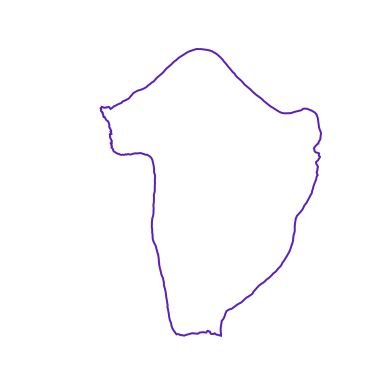 May Aini, Debub, Eritrea, rotated 109°
{"feature_id": "51966322B38754897924097", "entity_name": "May Aini", "entity_type": "district", "adm_level": 2, "iso_a3": "ERI", "parent_name": "Eritrea", "parent_adm1": "Debub", "projection": "mercator", "projection_center": [39.05, 14.783], "detail": "fine", "context": "isolated", "style": "outline", "palette": "violet", "viewbox_px": 384, "rotation_deg": 109, "n_neighbors": 0, "source": "geoboundaries", "source_scale": "gbopen_adm2", "svg_char_len": 5928}
<svg xmlns="http://www.w3.org/2000/svg" viewBox="0 0 384 384"><g transform="rotate(109 192 192)"><path d="M318.5,117.8L317.5,118.0L314.7,119.4L312.8,120.1L310.8,120.7L304.0,121.9L302.4,121.2L301.2,120.9L300.0,120.8L297.9,120.7L296.3,120.8L293.5,120.6L293.1,120.3L292.3,119.8L290.8,118.4L289.6,116.7L288.9,116.0L286.8,114.7L282.7,111.7L280.4,109.5L279.6,109.1L278.4,108.4L275.1,106.7L273.9,106.0L272.9,104.9L271.4,103.8L270.2,102.9L268.9,101.9L268.2,101.7L266.5,101.5L263.4,100.2L262.8,100.0L258.1,97.9L254.5,95.1L252.6,93.9L251.1,93.3L247.9,91.2L245.8,90.0L242.7,88.7L239.6,86.7L237.1,85.9L233.2,84.1L231.9,83.7L229.2,83.4L226.5,82.5L223.5,81.9L222.6,81.6L215.8,80.4L205.8,80.5L204.6,80.7L202.8,81.3L199.9,81.8L196.5,82.0L194.8,82.3L193.4,82.9L190.2,83.9L188.4,84.3L187.0,84.6L185.5,84.8L183.2,85.3L182.1,85.0L180.6,85.1L177.7,83.8L176.8,83.5L175.8,83.0L173.5,82.2L172.3,81.8L167.8,81.3L165.0,80.2L163.9,80.1L161.9,79.7L156.6,78.9L154.3,78.4L151.1,78.8L149.9,78.7L146.9,79.0L142.4,78.9L139.9,78.7L138.1,79.0L136.4,79.1L135.0,78.7L134.1,79.7L133.6,80.0L133.1,80.4L132.4,80.6L130.3,80.5L128.8,81.1L127.1,81.1L125.5,82.8L124.6,83.9L123.9,84.3L123.4,84.4L123.1,84.4L121.1,83.2L117.4,82.4L117.0,82.5L116.6,83.4L116.0,84.1L114.2,84.4L114.0,84.7L114.2,88.1L113.7,89.1L112.8,89.8L111.7,90.3L111.0,91.0L109.1,90.5L105.5,88.9L105.1,88.3L104.1,88.5L103.3,88.4L101.8,88.2L101.2,88.0L100.3,87.9L98.9,88.2L95.4,89.0L94.7,89.1L93.4,89.8L92.7,90.4L92.3,90.7L91.4,91.6L89.3,93.1L86.9,94.2L85.5,95.0L83.6,95.9L82.6,96.4L81.8,96.8L80.9,97.3L78.4,99.3L78.0,99.8L77.3,100.8L77.0,101.5L76.6,102.9L76.4,103.6L76.4,104.4L76.1,105.3L75.9,109.1L75.9,110.1L76.0,111.0L76.6,113.0L77.1,114.0L77.9,114.5L78.6,114.9L79.2,115.4L79.9,116.5L80.5,117.5L81.1,118.3L81.6,119.2L82.7,120.9L83.8,122.4L84.6,123.3L85.4,124.6L86.5,127.4L87.5,130.2L87.8,131.5L87.9,132.6L87.9,134.0L87.8,135.1L87.4,137.2L86.6,140.4L86.5,141.2L86.1,142.4L85.5,145.6L85.3,146.0L84.9,147.3L83.0,152.5L82.8,153.4L82.1,154.5L81.3,156.4L81.1,157.0L80.6,158.4L79.1,163.3L78.3,165.0L78.0,166.0L77.7,166.7L77.2,167.8L76.5,169.0L75.7,170.8L74.7,173.6L74.1,175.0L73.5,176.8L72.9,177.9L71.5,180.2L70.8,181.5L68.5,187.1L67.5,188.8L66.5,189.9L66.1,190.5L65.1,193.0L64.1,194.4L63.8,195.0L63.2,195.8L61.7,198.6L60.3,200.6L59.0,202.8L58.4,204.0L57.3,205.5L55.8,208.1L53.7,213.0L52.9,215.8L52.9,216.9L52.4,218.9L52.4,221.4L52.6,222.4L52.6,223.2L52.7,224.1L53.0,225.5L53.3,226.8L53.7,229.0L54.0,230.2L54.5,231.5L55.1,233.7L55.4,234.4L56.8,236.3L57.3,236.9L58.2,238.2L59.1,239.2L59.9,240.4L61.3,241.7L62.5,242.8L63.5,243.5L66.0,245.5L68.1,247.2L69.8,248.4L71.9,249.6L72.7,249.9L73.4,250.7L76.7,252.5L77.7,252.9L80.0,254.2L80.5,254.6L81.6,255.1L83.0,256.1L83.8,256.4L85.4,257.1L87.3,257.8L89.2,258.7L91.1,259.8L93.2,261.1L94.6,261.9L95.7,262.6L97.1,263.1L98.5,263.6L100.2,264.4L100.5,264.8L101.5,265.6L103.8,266.9L104.5,267.5L105.2,268.0L107.0,269.0L107.7,269.3L109.7,271.1L110.5,271.9L112.3,274.1L113.7,276.2L115.0,277.4L115.7,278.0L117.0,279.2L117.7,279.7L123.8,282.0L124.5,282.4L126.0,283.9L126.5,284.4L127.9,285.8L128.2,286.3L128.9,286.9L130.6,287.7L131.4,288.4L132.1,289.3L133.9,291.3L135.1,292.2L136.2,293.5L137.0,294.0L138.7,295.0L140.0,296.1L138.8,297.7L138.7,298.6L139.8,300.0L139.8,300.5L140.2,300.9L141.0,302.6L140.8,304.6L140.8,305.0L141.6,305.3L142.2,305.2L142.6,305.6L142.9,305.5L143.3,304.9L143.8,304.7L144.8,304.6L145.1,304.2L145.1,303.8L145.3,303.4L145.7,303.2L146.1,302.8L146.0,302.5L146.3,302.1L147.2,301.9L147.6,301.2L148.5,300.8L149.0,300.7L149.5,300.3L149.8,300.0L149.5,299.6L149.6,299.0L149.8,298.7L150.9,297.7L151.8,296.4L152.3,295.3L152.4,294.8L152.6,294.3L153.1,293.7L153.7,293.2L154.8,292.5L155.2,292.1L155.6,291.9L156.3,291.8L156.7,291.7L158.1,290.9L158.3,290.4L158.5,290.1L159.7,289.2L160.1,288.6L160.5,288.3L160.9,288.2L161.5,288.6L162.0,287.8L162.4,287.8L162.8,287.6L163.0,287.3L163.4,287.1L164.0,288.4L164.7,288.3L165.9,287.6L167.1,287.2L168.5,285.8L169.1,285.3L169.4,284.9L169.7,284.5L170.2,284.3L171.0,284.4L171.3,284.1L171.7,283.9L171.8,284.6L172.3,284.8L172.8,284.4L173.2,283.6L173.8,283.6L174.2,283.3L174.6,282.7L175.1,282.5L175.6,282.7L176.2,282.6L176.4,282.0L176.9,281.0L178.6,279.8L179.1,278.9L180.0,275.0L179.9,274.1L179.9,272.8L180.0,272.4L180.0,271.5L179.9,270.9L179.4,270.0L179.3,269.7L179.0,268.3L178.1,267.2L177.9,266.0L177.4,265.6L177.0,264.7L176.7,262.7L176.1,261.5L175.7,261.1L174.7,259.7L174.0,258.4L173.6,257.3L173.4,256.5L173.3,256.0L172.2,254.1L171.9,252.8L171.8,249.8L171.8,249.5L171.9,249.2L171.9,248.5L171.4,246.4L171.4,245.9L172.5,242.5L173.4,241.1L174.5,240.0L176.6,238.7L177.1,238.3L178.5,237.5L179.1,237.1L182.4,235.4L184.9,234.6L186.1,234.1L186.7,233.5L187.3,233.0L188.9,232.1L194.0,230.6L195.6,229.9L198.6,229.1L199.6,228.7L200.9,228.3L203.6,227.4L205.2,227.3L207.5,227.0L210.4,225.9L214.6,224.6L215.3,224.6L217.0,224.2L220.0,222.9L222.9,222.1L224.9,221.4L226.7,221.1L230.5,220.9L231.7,220.5L234.0,220.0L235.4,219.4L237.2,219.0L240.6,217.4L242.0,216.9L243.3,216.4L245.8,215.1L247.7,214.5L249.6,213.6L251.9,211.8L252.7,211.0L254.4,209.1L256.0,207.9L257.7,206.9L259.1,205.7L260.3,205.2L262.0,203.8L264.2,202.6L266.0,201.7L268.4,200.7L270.2,199.8L271.9,199.1L274.4,197.6L277.9,195.3L280.3,193.9L281.9,192.3L283.2,191.2L285.4,190.0L286.1,189.4L289.6,188.0L292.9,185.7L296.0,183.9L299.0,182.5L307.3,178.0L308.4,177.9L308.7,177.8L311.4,176.1L313.3,175.1L315.0,174.1L316.8,173.3L317.7,172.8L320.6,171.1L321.9,169.8L324.2,168.2L325.3,167.8L327.0,166.4L329.5,163.6L329.7,163.0L330.8,161.6L331.6,160.3L331.0,159.2L330.8,157.7L331.1,156.4L330.7,154.9L330.5,154.3L330.5,153.3L330.3,152.6L329.0,151.0L325.6,146.1L325.2,145.0L324.8,142.9L324.6,141.9L324.2,140.8L323.4,139.6L322.4,139.0L321.1,136.2L320.7,135.0L320.5,133.4L320.2,132.7L318.8,132.3L318.2,132.1L318.1,131.0L318.4,130.4L318.3,129.5L319.9,128.1L319.8,127.3L319.4,125.8L318.3,124.7L318.3,124.3L318.7,123.5L318.9,122.4L318.6,121.2L318.5,117.8Z" fill="none" stroke="#5b21b6" stroke-width="2"/></g></svg>